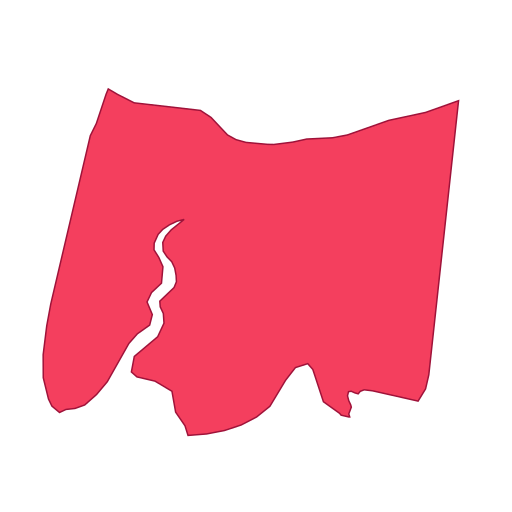 SVG path tracing the border of Commewijne, rotated 281°
{"feature_id": "SUR-70", "entity_name": "Commewijne", "entity_type": "District", "adm_level": 1, "iso_a3": "SUR", "parent_name": "Suriname", "parent_adm1": "", "projection": "natural_earth1", "projection_center": [-54.973, 5.762], "detail": "fine", "context": "isolated", "style": "filled", "palette": "rose", "viewbox_px": 512, "rotation_deg": 281, "n_neighbors": 0, "source": "natural_earth", "source_scale": "10m", "svg_char_len": 1377}
<svg xmlns="http://www.w3.org/2000/svg" viewBox="0 0 512 512"><g transform="rotate(281 256 256)"><path d="M87.4,206.9L107.2,199.3L113.9,180.7L114.6,162.2L118.4,155.8L134.2,155.7L158.0,174.9L172.5,178.5L181.9,176.0L187.8,171.7L193.3,170.2L209.4,181.6L215.5,182.8L221.6,181.3L228.7,178.5L234.3,174.4L238.2,168.8L243.1,164.0L251.5,161.9L258.3,163.6L265.5,167.8L278.2,178.5L275.0,171.7L270.1,165.1L264.4,159.4L258.6,155.8L249.2,153.6L242.6,154.7L236.0,160.9L227.7,166.7L211.3,168.4L200.2,160.4L190.1,157.8L178.7,165.4L167.9,164.8L157.0,154.4L145.9,147.9L104.2,134.0L89.6,125.9L77.1,116.3L71.8,107.4L69.1,98.7L64.9,93.0L69.7,84.3L76.0,79.6L95.9,70.4L118.5,65.9L147.6,63.9L169.8,63.7L342.5,70.4L355.6,74.0L386.3,78.0L391.8,79.1L388.2,89.3L383.1,107.2L388.3,173.7L383.4,185.5L369.4,204.9L366.4,214.2L365.6,224.5L367.8,246.0L368.9,252.3L374.8,270.3L380.5,283.5L386.6,308.4L392.2,322.5L414.5,360.5L429.3,395.1L447.1,425.2L172.3,448.3L157.9,447.8L144.5,442.8L145.9,396.2L145.3,387.7L143.0,384.1L140.2,382.6L140.5,379.2L141.4,375.3L140.5,372.7L136.2,372.5L131.6,374.7L127.9,377.4L125.8,378.4L118.7,377.2L115.9,378.7L115.7,377.9L116.0,369.9L117.5,368.1L125.8,350.0L151.6,335.6L155.5,333.4L160.2,327.3L154.0,316.0L139.8,308.8L111.1,298.3L98.1,287.3L87.3,273.7L78.6,258.2L76.5,252.9L71.9,241.5L66.9,223.5L75.8,218.7L87.4,206.9Z" fill="#f43f5e" stroke="#9f1239" stroke-width="1.5"/></g></svg>